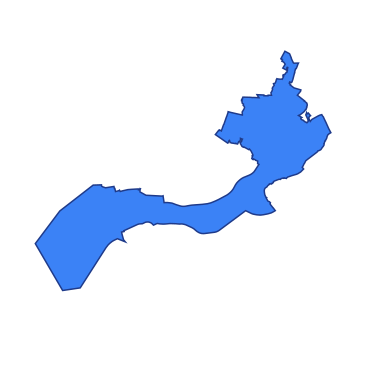 outline of Rotterdam, Zuid-Holland, Netherlands, rotated 323°
{"feature_id": "6326949B29713994538031", "entity_name": "Rotterdam", "entity_type": "district", "adm_level": 2, "iso_a3": "NLD", "parent_name": "Netherlands", "parent_adm1": "Zuid-Holland", "projection": "orthographic", "projection_center": [4.431, 51.923], "detail": "fine", "context": "isolated", "style": "filled", "palette": "blue", "viewbox_px": 384, "rotation_deg": 323, "n_neighbors": 0, "source": "geoboundaries", "source_scale": "gbopen_adm2", "svg_char_len": 5911}
<svg xmlns="http://www.w3.org/2000/svg" viewBox="0 0 384 384"><g transform="rotate(323 192 192)"><path d="M329.0,231.5L328.9,231.3L329.4,231.0L330.2,230.9L331.6,230.3L332.5,229.7L333.1,229.1L334.9,228.1L336.5,228.0L338.6,228.2L339.3,223.8L340.8,217.3L341.8,212.2L342.1,211.3L342.0,209.7L342.2,208.3L340.5,207.6L338.8,207.2L331.7,206.2L331.3,206.2L328.9,206.8L329.5,203.7L329.8,203.5L329.7,203.3L329.7,203.0L330.7,202.6L331.6,202.4L332.0,202.3L332.6,202.4L332.4,198.9L331.2,198.9L331.3,197.6L331.2,197.7L329.3,198.9L328.2,203.9L327.9,204.4L328.0,204.4L328.0,204.9L328.1,205.0L327.3,205.5L326.3,205.8L326.0,205.8L325.9,205.6L325.4,205.8L324.3,203.5L324.4,203.2L324.0,202.2L324.0,201.5L323.7,201.2L323.0,199.9L322.9,199.5L323.0,199.2L323.1,198.9L323.4,198.8L323.4,198.5L324.6,198.6L323.1,195.0L323.9,195.1L324.8,195.4L326.0,195.4L329.6,195.3L331.0,195.0L332.3,194.5L332.6,194.8L334.9,193.3L334.8,193.0L336.0,192.3L336.5,191.7L336.9,191.0L337.0,190.7L336.9,190.3L337.2,190.0L336.6,187.5L336.7,187.4L336.4,187.1L336.7,186.9L334.4,178.1L339.3,176.9L340.4,176.0L336.1,170.2L334.8,165.5L335.5,165.3L335.1,163.7L336.2,162.9L337.4,164.5L338.0,164.3L340.3,162.8L345.8,158.4L345.9,158.5L346.0,158.4L346.3,158.1L346.5,157.7L348.8,156.0L349.2,156.2L350.0,155.9L352.1,154.6L353.4,153.7L354.6,153.1L351.0,150.5L350.7,150.0L350.7,149.5L350.9,149.2L350.9,148.7L351.6,145.5L352.0,144.6L353.1,140.5L353.0,140.0L350.9,135.5L343.3,139.0L343.7,139.8L343.2,140.0L343.7,141.1L342.5,141.8L343.1,142.7L343.4,143.7L343.4,144.6L343.3,146.0L339.1,147.7L340.7,151.2L340.9,151.1L341.1,151.3L342.6,149.9L342.9,150.2L343.2,149.9L343.4,150.2L341.0,152.4L341.1,152.6L340.9,152.7L339.9,153.4L339.8,153.2L339.1,153.2L337.5,153.9L336.9,153.7L336.7,153.8L335.6,153.4L335.7,153.5L335.2,153.3L334.8,153.6L334.6,153.9L334.9,154.3L334.6,154.4L334.8,154.6L334.4,154.8L334.4,155.1L333.2,155.6L332.4,156.1L332.4,155.9L331.2,155.7L329.1,153.9L328.9,153.6L328.2,153.0L328.0,152.6L327.0,153.0L325.8,154.0L324.2,155.0L323.5,155.0L322.4,154.5L322.2,154.5L322.0,155.9L321.8,156.3L321.1,156.5L320.1,156.7L319.4,157.1L318.7,157.3L318.4,157.6L318.4,158.1L318.1,158.5L316.1,159.8L314.9,160.1L314.3,161.2L313.7,162.6L311.4,160.8L311.0,160.5L310.6,160.9L309.1,159.8L307.4,158.4L307.8,157.8L302.5,153.4L302.3,155.2L302.2,157.0L298.0,153.5L297.6,153.3L296.4,152.3L296.2,152.0L289.3,146.5L289.5,146.8L288.7,147.7L288.2,148.1L287.8,147.8L286.9,148.3L286.5,148.9L286.9,149.2L285.6,151.1L285.7,151.8L286.0,152.8L285.0,153.6L285.2,154.8L285.2,155.2L285.0,155.9L284.3,156.5L283.5,157.0L280.2,158.3L278.8,160.5L278.7,160.4L278.4,160.7L270.8,151.7L269.2,149.6L268.6,150.2L265.7,152.2L264.5,152.9L258.1,157.2L257.6,157.3L252.2,160.9L251.4,159.0L250.5,159.2L250.4,158.8L245.2,160.2L249.9,174.4L250.2,174.4L250.3,174.5L252.6,173.2L253.0,173.3L252.2,175.5L252.6,175.7L252.9,176.5L254.3,177.9L255.6,179.3L255.8,179.5L256.3,179.5L256.4,180.1L257.3,181.1L258.3,180.6L259.6,179.9L260.0,180.5L260.7,180.2L261.9,179.6L262.4,179.2L262.6,178.8L263.0,178.3L263.5,179.2L264.1,180.1L263.5,180.3L261.9,181.5L260.7,181.6L260.1,181.9L259.8,182.3L259.7,182.7L259.7,183.3L259.4,185.1L259.4,185.8L259.6,186.4L260.1,187.2L260.3,187.5L260.6,187.4L262.9,192.4L263.7,192.3L263.7,192.7L263.8,192.8L263.8,194.9L263.2,198.1L262.9,199.2L262.1,199.1L262.0,199.7L261.6,199.7L261.5,200.2L259.9,201.2L260.1,202.5L260.3,202.9L261.0,202.6L262.0,204.7L261.9,205.0L262.1,205.3L263.1,206.8L261.5,208.8L262.1,210.2L254.9,212.8L253.6,213.2L251.4,213.4L249.6,213.3L247.9,213.0L241.8,211.4L239.6,211.1L237.8,211.1L235.4,211.3L233.2,211.7L231.1,212.4L228.3,213.7L226.4,214.5L224.2,215.1L222.1,215.4L219.9,215.5L217.8,215.4L208.8,214.0L205.4,213.3L202.3,212.5L200.2,211.9L197.2,210.6L192.7,208.0L184.0,202.4L182.0,201.3L177.8,199.2L176.1,198.0L175.0,197.0L174.1,195.9L171.6,192.4L170.1,190.0L169.3,188.8L168.3,187.8L166.2,185.8L164.5,184.5L163.3,183.7L166.6,177.6L165.8,177.4L153.3,166.9L150.5,160.6L151.9,158.9L152.8,158.4L152.5,157.9L151.4,158.5L150.8,158.2L150.5,158.0L150.9,157.2L145.2,153.4L142.2,151.5L137.3,149.3L135.0,148.4L135.2,146.9L134.6,146.9L133.8,146.7L131.2,145.6L132.5,142.8L132.1,142.6L133.0,140.6L125.5,136.6L123.9,134.3L123.3,132.9L124.0,131.8L117.2,127.0L75.0,127.6L35.8,138.9L29.4,192.8L45.0,201.3L89.8,184.7L93.1,183.8L95.3,183.5L98.5,183.4L100.8,183.7L104.3,184.4L108.7,191.6L108.6,188.9L110.6,183.9L111.6,181.6L114.0,182.7L114.2,181.9L129.2,185.2L130.3,185.6L131.4,186.2L133.3,187.5L136.4,188.1L137.2,188.4L138.6,189.3L139.4,190.0L140.3,191.3L140.7,192.1L141.0,193.1L141.1,194.1L141.3,195.3L144.6,196.0L145.4,196.3L147.1,198.1L149.7,200.3L151.6,201.6L155.5,204.0L160.2,207.8L161.4,208.9L162.9,210.2L164.3,211.1L165.1,211.8L166.1,212.9L167.2,214.3L170.5,220.4L171.3,222.4L172.0,225.6L172.3,226.7L173.1,228.6L173.7,229.6L174.8,231.0L176.0,232.0L177.0,232.7L185.9,237.8L187.6,238.5L189.4,238.9L190.9,239.0L223.6,239.2L226.4,244.7L227.1,245.9L228.0,247.0L229.9,249.1L232.0,251.0L233.2,251.9L235.5,253.2L239.4,255.1L242.8,256.4L245.2,256.8L247.3,257.0L247.3,253.5L247.2,253.4L247.1,248.8L247.6,248.2L248.0,247.9L247.9,247.8L248.1,247.7L248.0,246.3L247.3,245.3L247.2,244.9L247.2,244.5L247.7,241.3L248.2,241.3L247.9,240.5L248.5,238.0L249.7,235.7L250.6,234.3L251.8,233.3L252.9,232.9L255.0,233.0L256.3,232.5L258.1,232.5L258.2,232.2L258.5,232.2L258.4,232.5L259.5,232.6L260.1,233.0L260.1,233.3L260.9,233.2L260.9,233.4L261.4,233.6L261.5,233.4L262.6,233.2L262.8,233.3L263.2,232.8L264.3,232.8L268.8,234.1L269.1,234.2L270.3,235.2L271.0,234.9L272.5,235.4L273.8,236.1L273.6,236.3L274.6,236.9L275.6,238.0L276.2,237.7L277.5,237.7L281.8,239.1L286.0,240.7L287.5,241.1L290.8,241.4L295.0,240.8L294.9,238.6L295.2,238.5L296.5,238.0L298.3,237.0L299.1,236.8L301.7,235.5L315.4,235.4L316.6,235.3L317.5,234.9L317.9,235.2L318.5,235.4L319.4,235.6L320.4,235.7L322.0,235.2L322.6,234.9L324.1,234.6L325.6,234.0L326.2,233.4L326.4,232.8L326.8,232.8L328.3,231.6L329.0,231.5Z" fill="#3b82f6" stroke="#1e3a8a" stroke-width="1.5"/></g></svg>